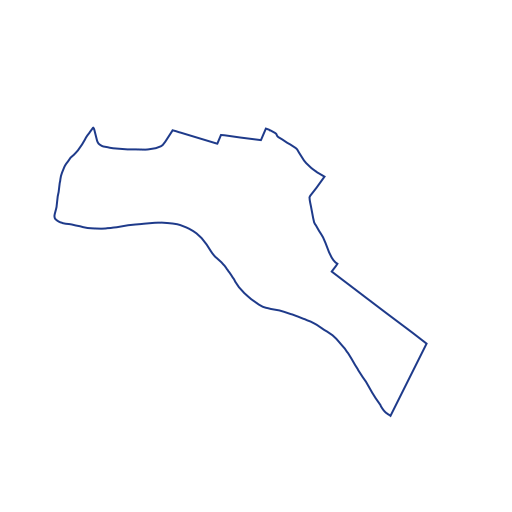 Lunca, Olt, Romania (Albers equal-area conic projection), rotated 42°
{"feature_id": "2599482B1586311708085", "entity_name": "Lunca", "entity_type": "district", "adm_level": 2, "iso_a3": "ROU", "parent_name": "Romania", "parent_adm1": "Olt", "projection": "albers", "projection_center": [24.698, 43.826], "detail": "fine", "context": "isolated", "style": "outline", "palette": "blue", "viewbox_px": 512, "rotation_deg": 42, "n_neighbors": 0, "source": "geoboundaries", "source_scale": "gbopen_adm2", "svg_char_len": 2822}
<svg xmlns="http://www.w3.org/2000/svg" viewBox="0 0 512 512"><g transform="rotate(42 256 256)"><path d="M462.9,284.8L441.4,207.0L423.9,208.3L390.3,211.3L365.4,213.4L335.1,215.9L325.1,216.7L322.7,216.9L322.6,216.3L322.1,209.9L321.7,207.3L319.3,207.6L316.3,207.3L313.2,206.5L307.7,204.3L298.9,199.8L293.4,197.3L289.9,196.2L285.9,195.1L279.9,193.1L278.4,192.8L276.5,192.0L275.7,191.4L273.0,189.5L263.7,182.4L260.3,179.9L258.3,178.3L256.5,176.6L256.4,176.3L256.0,174.9L255.3,164.9L253.8,151.2L245.6,152.9L239.7,153.5L237.8,153.6L231.1,153.4L227.7,152.9L218.8,150.4L215.4,149.3L214.6,149.2L213.2,149.2L206.8,150.2L203.4,151.0L197.6,151.8L193.1,152.7L192.2,152.7L191.4,152.6L189.3,151.7L187.8,151.8L182.7,153.0L182.2,153.4L181.9,153.3L181.3,153.4L180.0,153.9L179.3,154.2L178.1,154.7L181.8,165.6L182.1,166.6L165.3,178.3L151.9,187.3L149.0,189.5L152.1,198.4L151.8,198.6L130.1,208.8L117.3,214.8L116.0,215.5L113.0,216.8L109.9,218.4L110.1,219.3L112.1,231.8L112.4,235.9L112.0,237.8L111.6,238.7L109.4,242.9L104.4,249.1L102.5,251.1L94.2,258.2L89.4,262.6L79.1,270.5L77.8,271.5L74.9,273.4L73.0,274.4L69.2,276.8L67.6,277.4L65.1,277.8L63.7,277.8L62.3,277.4L60.8,276.7L51.4,270.4L50.1,269.7L49.2,269.6L49.1,269.8L49.6,275.0L49.8,276.1L50.0,279.2L50.4,281.8L51.0,284.1L52.1,289.5L52.7,294.4L53.0,296.7L53.0,300.2L52.9,303.2L52.8,303.6L52.4,307.0L53.0,311.5L53.2,314.4L53.6,316.7L54.1,318.4L56.1,323.9L57.5,327.0L59.1,329.6L60.4,331.5L61.3,333.1L66.5,340.5L68.7,344.3L75.0,353.1L76.0,354.9L78.2,359.2L79.1,360.7L79.6,361.3L80.7,362.2L81.6,362.7L83.0,362.8L84.8,362.7L86.4,362.4L88.1,361.9L89.4,361.2L90.2,361.0L92.8,359.5L96.2,357.0L98.1,355.8L101.5,354.0L105.4,351.6L108.1,350.3L112.1,347.9L116.7,344.3L122.8,339.2L125.9,336.1L127.0,334.7L129.3,332.4L130.8,330.5L133.2,327.9L140.4,318.7L145.2,313.4L148.8,309.6L151.3,306.8L158.4,299.2L161.3,296.4L163.7,294.2L168.6,290.4L172.4,287.6L176.2,285.1L179.0,283.7L185.1,281.4L188.1,280.5L192.7,279.5L196.7,279.0L203.6,279.1L211.6,280.5L219.2,282.6L221.6,283.2L224.6,283.7L226.7,283.9L227.6,283.8L234.5,283.8L237.8,284.2L238.8,284.2L241.3,284.7L243.5,285.3L244.5,285.4L246.1,285.9L246.8,285.9L250.5,286.8L253.2,287.6L254.5,287.8L255.8,288.2L257.8,289.0L264.2,290.6L272.1,291.4L276.1,291.4L281.4,291.3L290.6,290.2L294.6,289.3L295.5,289.0L298.1,287.8L299.6,286.9L302.5,285.4L309.8,280.8L314.2,278.7L320.7,275.9L322.2,275.1L326.4,273.5L327.3,273.1L333.1,271.0L334.6,270.3L337.2,269.5L340.4,268.2L344.2,267.2L347.1,266.5L356.1,265.3L359.3,264.6L365.9,263.7L371.1,263.8L380.6,265.0L384.0,265.4L387.5,266.3L389.4,266.6L390.5,266.9L396.2,268.6L402.6,270.7L407.3,272.0L408.2,272.4L416.3,274.6L422.0,275.9L433.7,279.8L440.0,281.6L448.2,283.5L449.4,284.1L451.9,284.8L454.2,285.3L456.2,285.5L457.9,285.5L459.1,285.3L459.7,285.3L461.7,284.9L462.9,284.8Z" fill="none" stroke="#1e3a8a" stroke-width="2"/></g></svg>